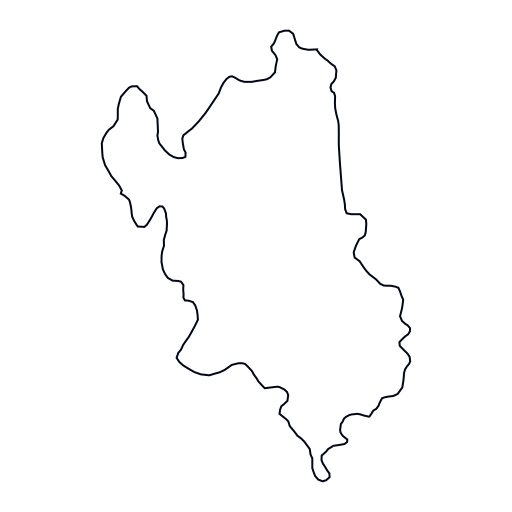 Zhabinka, Brest, Belarus
{"feature_id": "67162791B54933494059720", "entity_name": "Zhabinka", "entity_type": "district", "adm_level": 2, "iso_a3": "BLR", "parent_name": "Belarus", "parent_adm1": "Brest", "projection": "albers", "projection_center": [24.06, 52.177], "detail": "fine", "context": "isolated", "style": "outline", "palette": "ink", "viewbox_px": 512, "rotation_deg": 0, "n_neighbors": 0, "source": "geoboundaries", "source_scale": "gbopen_adm2", "svg_char_len": 3803}
<svg xmlns="http://www.w3.org/2000/svg" viewBox="0 0 512 512"><path d="M289.8,426.2L293.9,431.0L297.4,435.7L301.3,438.6L304.3,441.6L308.2,446.9L309.8,449.2L310.5,454.4L312.3,458.4L312.3,462.9L312.3,468.1L313.7,472.3L315.2,476.1L318.4,479.7L322.7,481.3L326.2,480.2L329.6,477.2L329.4,473.4L327.1,470.3L325.1,466.9L322.9,463.6L321.5,460.0L321.7,455.5L325.8,451.9L328.2,449.0L333.4,445.8L339.0,445.0L342.0,444.5L344.7,443.9L347.1,442.0L347.3,439.5L344.5,437.3L342.6,435.7L340.5,432.5L340.1,429.8L340.9,423.9L342.5,421.9L344.0,418.6L346.2,416.7L349.5,415.0L351.8,414.4L354.2,414.2L357.0,413.8L360.1,414.3L363.7,415.5L368.7,416.6L369.4,416.6L371.7,413.2L373.3,410.6L376.3,408.8L378.6,405.6L379.7,402.7L382.0,398.3L384.7,397.3L388.2,396.6L393.2,396.0L397.6,394.0L402.3,387.5L403.2,382.0L403.8,376.9L404.0,373.1L405.0,369.6L406.7,366.7L409.2,363.7L410.2,361.2L409.6,356.8L407.4,353.5L403.5,349.7L399.8,345.9L399.4,342.1L402.2,339.2L404.9,336.6L408.1,334.3L409.9,331.4L410.1,328.2L407.6,325.3L405.0,323.6L402.0,320.9L400.0,316.2L401.6,310.1L402.4,306.1L403.2,299.7L401.6,296.1L400.0,291.4L398.4,287.8L395.5,286.7L391.3,285.8L383.9,285.6L380.3,283.9L376.1,279.4L369.4,274.3L366.0,270.5L363.5,267.1L359.7,261.3L354.6,257.5L353.7,252.4L355.9,245.9L359.2,239.2L362.6,237.4L364.8,235.4L365.7,232.1L366.1,227.2L366.3,223.6L365.9,219.6L363.2,217.1L360.1,214.2L355.4,214.2L351.2,214.2L346.7,213.3L345.1,209.1L344.9,204.9L344.2,200.0L342.0,190.1L339.9,162.7L338.8,145.3L338.8,131.1L338.7,124.8L338.1,120.8L336.3,114.1L335.2,108.3L334.9,103.0L335.1,96.1L334.0,92.8L331.6,91.2L330.5,87.6L331.3,84.1L333.8,81.4L335.8,77.8L336.4,70.3L334.7,66.3L331.1,63.8L327.7,60.7L325.1,58.9L320.2,54.5L316.6,49.6L316.7,49.4L308.4,49.8L302.4,48.7L299.3,47.4L296.4,44.1L294.6,38.5L293.2,33.8L289.0,30.7L284.6,30.7L279.0,32.3L277.0,35.8L275.2,40.5L273.9,43.4L271.2,46.7L271.9,50.7L275.5,55.2L277.2,59.2L275.7,66.3L275.0,72.3L270.3,77.4L267.0,79.2L263.9,79.9L257.7,80.8L251.4,81.9L244.7,81.9L240.7,80.8L239.0,80.1L235.4,77.9L232.1,76.3L229.4,76.8L226.5,79.0L223.4,83.0L221.1,87.2L218.7,93.5L212.7,102.4L209.3,107.5L205.3,113.3L198.8,121.3L191.9,128.6L189.2,130.6L185.9,133.3L183.4,135.3L182.3,138.6L182.8,143.1L183.9,149.3L185.6,152.7L185.4,156.9L182.5,158.0L178.0,158.2L173.8,157.1L169.4,154.6L164.9,150.4L159.3,143.3L158.2,140.1L157.4,135.5L158.0,131.7L157.8,127.2L157.4,118.5L153.8,110.7L150.3,108.3L147.0,101.3L146.5,95.8L142.1,91.3L139.9,89.5L137.0,86.2L131.6,86.4L129.0,87.7L125.6,91.3L120.9,96.8L118.9,103.7L117.8,108.8L117.8,115.5L117.7,119.5L113.5,126.2L108.8,129.8L106.6,132.6L103.4,138.0L101.8,143.3L102.3,153.1L102.7,157.4L105.1,165.2L108.9,171.7L111.3,176.1L115.3,180.8L119.1,185.5L121.8,190.4L120.8,193.6L124.5,195.7L129.0,199.6L129.9,202.0L130.9,206.5L131.4,209.9L131.6,212.6L132.2,216.8L134.4,221.4L137.7,226.5L144.4,226.9L147.0,224.6L150.4,219.2L151.8,216.7L153.7,213.1L156.8,208.2L159.6,206.3L162.4,206.5L164.1,208.4L166.0,213.5L166.1,216.4L166.9,220.9L167.0,224.0L166.6,230.7L165.2,234.8L163.8,240.1L164.0,245.7L162.2,251.3L161.6,255.7L161.5,262.0L162.9,269.4L165.1,274.1L167.8,277.9L172.5,280.6L178.3,281.0L181.0,281.7L183.4,285.0L183.2,290.0L183.6,294.2L183.4,297.6L184.9,300.4L188.7,300.7L192.9,302.1L195.2,305.3L197.0,310.6L197.6,315.3L197.9,319.7L194.9,325.9L191.8,331.6L188.8,336.9L185.7,341.2L183.1,345.0L181.1,349.5L178.3,352.9L176.6,357.8L179.2,361.8L182.9,365.2L188.3,368.6L194.4,372.1L201.0,374.4L209.3,375.3L213.9,373.9L219.7,372.3L224.7,369.9L231.8,364.9L238.1,363.3L241.9,363.2L245.1,363.9L248.2,367.0L252.1,371.2L253.4,373.9L256.7,378.5L258.4,381.4L261.4,384.7L264.7,388.2L270.5,387.5L277.1,386.7L279.6,387.1L284.4,389.5L287.1,392.1L288.2,395.3L287.4,400.9L283.9,404.2L281.4,406.2L280.2,409.3L279.5,413.8L282.4,416.2L286.1,419.1L288.3,421.4L289.8,426.2Z" fill="none" stroke="#020617" stroke-width="2"/></svg>